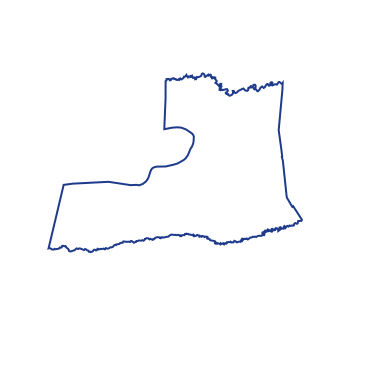 outline of San Roque, Corrientes, Argentina, rotated 225°
{"feature_id": "61730980B67401199188792", "entity_name": "San Roque", "entity_type": "district", "adm_level": 2, "iso_a3": "ARG", "parent_name": "Argentina", "parent_adm1": "Corrientes", "projection": "equal_earth", "projection_center": [-58.642, -28.676], "detail": "fine", "context": "isolated", "style": "outline", "palette": "blue", "viewbox_px": 384, "rotation_deg": 225, "n_neighbors": 0, "source": "geoboundaries", "source_scale": "gbopen_adm2", "svg_char_len": 6087}
<svg xmlns="http://www.w3.org/2000/svg" viewBox="0 0 384 384"><g transform="rotate(225 192 192)"><path d="M253.6,50.8L253.3,51.5L251.8,52.2L250.7,52.2L249.2,53.3L249.0,54.6L248.2,54.8L246.4,57.3L245.9,58.5L246.2,58.8L246.2,59.4L245.1,60.3L245.0,60.7L245.7,62.0L245.4,62.6L243.8,63.5L243.4,64.2L242.7,64.3L242.5,64.0L241.6,63.9L239.5,64.2L238.0,63.9L237.5,63.4L236.8,63.5L235.8,64.1L233.9,67.8L233.8,70.4L232.1,71.3L232.0,72.1L231.1,73.0L227.8,74.4L227.2,74.9L227.3,76.0L226.5,76.5L224.6,76.7L223.8,77.3L222.6,76.9L221.9,77.7L221.1,77.9L220.2,79.9L220.5,81.6L220.3,82.1L219.3,82.8L218.7,82.7L218.2,83.3L218.6,84.9L217.8,85.0L217.8,85.6L217.1,85.8L216.2,87.4L215.6,87.7L214.6,89.3L213.2,89.7L213.0,90.1L213.4,91.0L213.3,91.4L211.7,92.1L211.0,93.2L210.5,95.4L209.7,96.0L209.2,97.1L209.3,99.7L208.5,101.1L208.1,101.0L208.0,102.0L206.7,103.9L206.6,105.3L205.2,107.1L205.6,107.6L205.4,108.7L202.7,110.8L201.4,112.4L200.5,112.8L200.3,113.2L200.5,114.3L200.0,114.7L197.1,115.1L196.9,116.1L196.3,117.0L196.7,117.5L196.6,118.1L195.7,118.9L195.4,120.0L193.3,121.9L193.0,122.9L191.8,123.3L191.7,124.5L192.1,125.4L191.7,125.8L191.7,126.9L190.3,128.3L188.6,128.4L188.3,129.5L186.0,130.3L185.9,130.8L186.1,131.3L185.6,131.5L185.5,132.5L185.7,133.2L184.7,135.4L182.8,137.1L182.5,137.3L182.0,136.8L181.4,137.2L181.2,138.9L180.5,139.1L179.4,140.3L178.7,141.8L177.4,143.3L177.1,143.9L177.1,145.7L176.2,147.7L174.5,148.8L173.5,149.9L172.6,150.3L171.6,151.9L170.3,152.5L169.4,152.4L169.3,153.2L168.7,153.0L168.3,153.4L168.6,154.0L167.5,155.7L166.8,156.2L167.3,157.3L166.6,157.9L166.6,158.5L165.9,158.7L165.2,159.6L164.3,159.6L163.6,160.4L161.7,161.4L161.0,162.7L160.2,162.2L160.0,162.7L159.3,162.2L158.3,163.5L158.0,165.3L157.7,165.6L156.9,165.6L156.0,166.4L155.1,165.7L154.6,166.7L153.6,167.1L153.9,167.9L153.5,168.3L151.9,169.1L151.3,168.9L151.1,169.2L151.2,169.7L149.8,171.0L149.1,171.1L148.6,169.9L148.3,169.8L147.8,170.1L147.6,170.7L146.5,170.8L146.2,171.1L145.1,170.7L141.1,173.4L140.6,173.3L140.2,172.5L139.7,172.4L139.4,171.9L139.0,172.1L139.3,172.8L139.2,173.2L138.7,173.6L137.6,173.2L137.5,174.0L135.9,174.9L135.0,175.0L135.4,176.1L134.4,176.1L133.9,177.2L133.2,177.3L133.5,178.1L133.1,178.3L132.2,178.1L132.2,179.4L131.3,179.6L131.1,180.1L131.6,181.2L131.3,181.3L130.9,182.4L129.8,183.2L129.6,184.2L128.5,184.1L127.0,185.8L127.5,187.4L126.1,188.0L124.8,188.0L123.0,191.1L122.5,191.1L122.4,191.6L123.1,192.4L123.5,194.5L123.0,194.8L122.1,194.0L122.3,195.3L122.1,195.8L121.5,195.9L120.7,196.7L120.7,197.5L120.2,197.9L119.3,197.7L118.9,198.1L118.5,201.1L117.5,202.4L117.3,203.5L116.3,204.2L115.8,205.1L114.8,205.5L114.3,207.7L111.7,210.4L111.4,212.0L110.5,212.5L110.7,213.0L112.3,213.2L112.4,212.6L112.8,212.3L113.5,213.1L113.5,213.7L113.1,214.0L112.5,213.9L111.6,214.4L111.8,214.9L112.8,215.2L113.1,216.2L112.5,217.0L112.1,217.0L111.4,216.3L111.1,216.6L111.9,219.2L110.7,219.5L110.6,218.3L110.1,218.4L109.6,219.6L108.0,220.0L107.5,220.5L107.4,220.9L109.5,221.8L109.5,222.4L109.0,222.9L107.4,222.9L106.6,223.3L106.3,223.9L106.4,224.5L107.3,225.0L107.2,225.7L106.7,226.1L106.0,226.3L105.8,226.7L105.0,226.7L103.4,225.4L103.0,228.4L103.7,228.3L104.9,229.0L104.4,229.7L102.5,229.9L101.6,230.4L101.4,230.9L101.6,231.4L102.6,232.5L102.6,233.3L101.8,233.3L100.9,231.9L100.5,232.1L100.7,235.3L99.3,235.8L99.4,237.2L98.4,237.6L97.6,239.2L96.7,239.6L96.4,240.3L97.2,241.8L97.1,242.8L96.9,243.2L95.7,243.5L95.2,243.9L95.1,244.5L96.4,246.5L94.2,249.0L94.4,249.6L94.7,250.1L110.4,253.5L110.5,252.4L120.9,255.1L122.7,256.4L149.9,278.4L153.3,280.3L153.2,280.8L160.9,286.8L174.4,297.0L200.6,328.5L205.0,333.2L204.9,332.6L205.3,331.9L208.0,331.6L208.4,331.0L207.9,327.9L209.2,327.2L209.7,326.4L210.5,324.2L212.2,323.4L212.2,326.0L213.1,326.1L213.5,325.7L213.8,324.9L212.3,322.4L212.6,321.7L213.0,321.5L214.8,321.9L215.2,321.6L215.2,319.8L214.6,317.4L214.8,316.7L215.0,316.2L216.9,316.3L217.2,315.8L217.3,313.9L216.6,311.9L216.6,309.9L217.1,309.5L219.3,309.9L219.9,309.6L220.3,308.8L220.7,308.6L221.2,308.8L221.1,311.0L222.2,312.2L223.2,312.4L224.3,311.3L223.3,309.6L223.2,308.8L223.9,308.0L224.3,308.1L224.7,308.7L225.2,308.6L225.4,308.0L224.6,307.0L225.8,305.7L225.6,305.1L224.5,304.2L224.3,303.6L224.6,302.4L226.2,301.5L228.9,301.5L230.7,296.4L230.6,294.3L231.1,292.8L232.2,292.4L234.0,293.0L234.6,292.3L232.9,291.0L232.6,289.9L232.6,288.7L233.3,286.8L234.9,286.2L235.7,286.8L236.9,285.7L237.9,285.7L238.4,286.2L237.9,287.7L238.3,289.0L240.0,289.5L240.2,288.9L240.8,288.5L242.6,285.4L243.9,285.5L244.4,285.2L243.7,284.8L243.7,284.2L244.8,283.7L245.3,284.3L245.8,285.6L245.7,287.4L246.7,287.8L247.8,289.1L248.5,288.5L248.2,287.8L247.1,287.1L247.0,286.5L247.3,285.9L249.8,286.2L252.6,285.8L252.6,287.4L253.1,288.0L256.2,288.3L256.1,289.0L256.5,289.4L257.4,288.8L257.8,286.9L258.3,286.5L258.5,286.8L258.4,287.6L258.7,287.8L260.1,286.8L261.3,288.1L261.9,288.0L262.7,287.1L262.4,286.2L262.6,285.9L263.5,286.3L264.0,282.8L264.5,282.5L266.2,283.7L267.2,283.9L268.3,283.4L268.6,282.5L267.7,280.8L267.7,280.1L268.7,277.7L269.9,276.6L270.0,276.0L269.0,275.2L268.9,274.8L269.2,274.6L269.9,275.2L269.8,274.1L271.2,274.7L271.9,273.4L273.1,273.9L273.7,273.1L273.7,274.0L274.2,274.3L274.5,273.5L274.9,273.4L275.2,272.2L276.2,271.3L276.0,270.3L277.1,270.6L277.7,270.0L278.7,270.7L278.5,268.5L279.2,267.9L278.6,266.3L279.0,265.1L278.9,264.4L279.7,263.8L280.6,264.0L281.0,263.0L280.3,262.6L280.3,262.1L281.0,261.8L281.7,260.7L282.4,260.6L282.6,260.2L283.4,260.3L284.3,259.3L285.0,259.6L285.8,259.2L286.2,257.9L286.7,257.4L286.2,256.7L286.2,255.8L286.5,255.5L286.8,256.0L287.5,255.5L288.2,255.6L289.5,254.4L289.8,253.7L289.2,253.5L288.9,252.6L289.1,251.8L276.8,239.4L256.0,216.8L251.7,223.2L248.3,227.2L245.3,229.8L240.8,231.9L233.5,233.4L231.5,233.2L229.9,232.5L226.8,229.1L225.4,227.0L224.0,223.8L223.8,222.1L220.9,214.9L220.3,211.3L220.5,208.7L221.8,204.0L222.5,201.7L224.4,198.2L228.6,191.5L234.9,185.0L236.1,183.0L236.8,181.0L236.7,179.3L236.2,177.8L232.7,170.8L232.0,167.1L232.5,162.9L234.1,159.4L236.4,157.7L240.2,153.5L258.2,140.2L282.2,113.6L287.8,106.3L253.6,50.8Z" fill="none" stroke="#1e3a8a" stroke-width="2"/></g></svg>